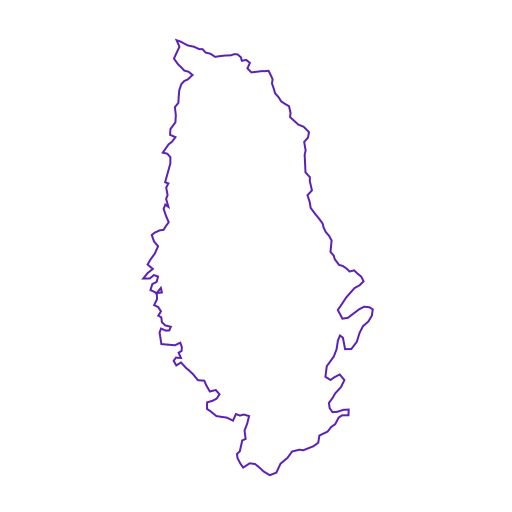 the district of Água Limpa, Goiás, Brazil, rotated 357°
{"feature_id": "56859067B43995511544002", "entity_name": "Água Limpa", "entity_type": "district", "adm_level": 2, "iso_a3": "BRA", "parent_name": "Brazil", "parent_adm1": "Goiás", "projection": "natural_earth1", "projection_center": [-48.795, -18.074], "detail": "fine", "context": "isolated", "style": "outline", "palette": "violet", "viewbox_px": 512, "rotation_deg": 357, "n_neighbors": 0, "source": "geoboundaries", "source_scale": "gbopen_adm2", "svg_char_len": 3062}
<svg xmlns="http://www.w3.org/2000/svg" viewBox="0 0 512 512"><g transform="rotate(357 256 256)"><path d="M278.2,71.7L274.7,71.9L271.2,71.7L261.0,72.4L257.3,68.2L260.0,62.8L256.5,59.7L252.1,60.3L251.2,56.6L248.1,53.7L244.9,53.3L241.2,54.3L235.4,54.2L229.4,54.6L225.6,55.0L221.0,51.6L216.3,50.2L213.5,46.7L210.0,46.4L205.1,43.8L199.0,42.2L194.9,39.8L192.1,38.0L188.0,36.4L190.5,43.0L187.2,49.2L184.4,54.6L188.2,60.5L191.5,64.0L194.1,67.1L198.2,68.4L202.1,71.9L197.1,76.1L193.5,77.5L190.5,80.4L188.1,86.2L187.2,92.4L186.5,99.0L182.8,103.1L183.3,111.4L182.5,118.4L177.2,124.7L176.5,130.5L181.8,133.1L178.1,137.5L174.5,140.0L171.3,144.1L168.3,147.9L172.8,149.2L175.7,152.9L175.3,159.1L169.1,177.6L172.3,178.9L169.9,183.0L170.9,190.6L169.2,194.3L171.1,202.3L168.1,199.9L166.2,204.2L168.3,211.4L170.6,217.7L167.6,221.4L165.0,225.1L161.4,225.3L156.0,227.4L153.0,229.6L154.9,236.1L158.7,241.1L155.1,248.2L150.2,254.3L147.3,258.8L152.3,263.5L147.0,267.3L142.2,272.6L148.8,272.9L153.0,269.7L157.1,271.4L155.4,276.7L151.0,278.6L148.8,284.5L155.0,287.8L154.9,293.9L151.7,299.7L155.7,301.9L158.2,306.3L155.3,310.5L158.2,312.3L158.6,317.3L161.8,320.6L167.2,322.2L165.5,325.8L162.0,325.8L157.4,323.5L155.7,327.4L156.9,339.0L170.4,340.9L175.8,338.6L177.2,343.1L176.7,346.9L173.7,348.5L175.7,353.9L170.7,353.3L168.3,356.4L170.7,361.1L175.5,358.4L180.2,364.0L183.2,366.9L186.9,370.7L191.5,377.0L197.8,377.8L199.5,382.3L202.8,388.9L208.8,387.7L212.3,392.2L209.3,396.3L205.1,398.3L199.5,399.6L199.1,406.2L202.0,408.3L208.1,413.8L212.4,414.7L218.5,415.9L224.4,419.2L227.7,412.8L231.6,414.5L235.5,413.7L240.7,415.5L238.6,422.5L235.4,429.8L236.1,438.1L232.6,439.5L229.6,450.2L226.6,452.7L227.0,457.0L229.6,462.6L232.1,466.6L238.9,462.7L244.2,463.7L248.7,467.8L252.2,471.5L258.3,475.6L265.0,473.4L269.6,464.7L277.0,459.1L281.8,453.1L289.4,451.7L292.9,452.5L303.4,449.0L308.4,445.7L309.9,438.6L318.3,435.1L322.2,430.6L326.3,428.1L330.1,421.7L333.5,419.6L340.0,419.9L340.5,414.2L335.3,414.2L328.8,415.9L324.2,415.9L321.6,411.8L321.1,406.6L325.3,401.4L327.9,397.3L333.9,391.5L337.8,384.5L333.4,378.7L328.1,381.1L323.9,383.7L319.0,380.3L320.9,369.8L328.4,360.5L331.6,353.3L333.4,344.6L335.7,339.8L338.5,342.1L340.1,353.7L346.3,353.9L352.1,347.1L355.4,338.2L359.2,331.6L364.7,327.4L368.6,321.6L369.8,315.4L366.5,313.1L361.4,312.3L356.2,314.6L344.4,322.6L339.0,323.1L334.9,314.2L339.9,307.6L344.0,302.0L352.8,293.1L357.9,290.7L362.1,286.9L360.0,282.1L356.2,278.7L353.3,275.5L348.7,276.4L345.8,273.3L342.0,270.4L338.5,269.3L334.5,263.3L333.6,259.6L330.6,255.9L331.6,249.1L332.3,244.5L330.1,239.8L326.9,235.7L325.0,231.1L324.2,227.0L320.9,222.0L317.1,216.8L313.1,210.8L312.5,205.0L310.6,198.0L315.3,193.4L313.7,184.4L313.9,180.1L309.8,175.1L309.9,157.3L311.1,153.3L310.6,149.2L310.1,144.6L314.1,140.5L315.4,135.1L310.3,129.4L305.0,126.9L301.2,123.0L297.3,119.1L298.0,114.7L296.8,108.1L292.9,105.6L289.2,102.9L287.1,99.0L283.6,94.5L282.4,89.5L281.0,84.5L281.8,80.4L280.5,76.9L278.2,71.7ZM155.0,287.8L159.3,282.9L160.1,287.5L155.0,287.8Z" fill="none" stroke="#5b21b6" stroke-width="2"/></g></svg>